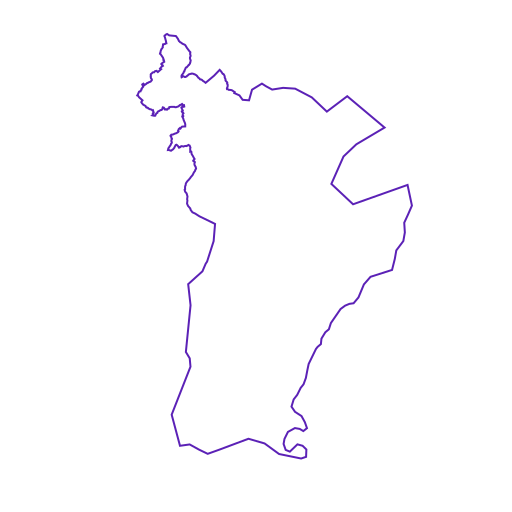 the district of Ona Ara, Oyo, Nigeria, rotated 10°
{"feature_id": "59680162B85361781814064", "entity_name": "Ona Ara", "entity_type": "district", "adm_level": 2, "iso_a3": "NGA", "parent_name": "Nigeria", "parent_adm1": "Oyo", "projection": "robinson", "projection_center": [3.959, 7.252], "detail": "fine", "context": "isolated", "style": "outline", "palette": "violet", "viewbox_px": 512, "rotation_deg": 10, "n_neighbors": 0, "source": "geoboundaries", "source_scale": "gbopen_adm2", "svg_char_len": 5932}
<svg xmlns="http://www.w3.org/2000/svg" viewBox="0 0 512 512"><g transform="rotate(10 256 256)"><path d="M392.9,159.7L342.6,188.2L317.7,171.9L324.9,142.8L335.4,128.6L360.3,107.2L318.1,82.8L300.7,101.5L283.4,90.1L265.5,84.4L253.5,85.7L243.0,89.3L236.4,87.1L231.9,85.2L223.2,92.9L222.1,103.9L215.7,104.5L211.8,100.7L206.3,99.3L206.6,98.3L203.3,96.9L202.0,96.9L200.3,97.1L199.2,96.6L198.5,96.7L198.2,95.9L198.4,94.9L198.7,94.3L198.5,93.5L198.5,92.6L198.3,92.1L198.2,91.9L197.6,91.4L197.7,91.1L197.6,90.2L197.0,89.6L195.8,88.8L195.4,88.2L195.3,87.2L194.2,85.7L194.1,84.9L193.7,84.0L192.7,82.7L192.2,82.4L191.6,82.4L189.6,80.3L187.9,79.0L183.4,85.7L176.3,94.2L174.7,93.3L173.4,92.8L172.1,91.9L171.2,91.7L170.4,91.8L170.1,91.7L169.4,90.9L168.3,90.5L167.2,89.4L166.8,89.2L166.6,88.8L165.7,88.3L165.1,88.1L164.7,88.0L164.2,87.7L163.3,87.7L163.1,87.5L161.6,87.4L161.0,87.5L160.4,87.9L159.8,88.0L159.5,88.2L158.2,88.9L157.4,90.1L156.8,90.6L156.6,91.1L156.0,91.5L155.6,91.9L154.8,92.1L152.9,91.5L152.3,92.1L152.1,92.6L151.7,92.9L151.6,92.7L151.4,91.9L151.4,91.0L152.7,88.5L152.9,87.3L153.4,86.7L153.3,85.8L153.7,84.9L154.0,83.2L154.3,82.6L154.7,82.2L155.0,82.2L155.2,81.9L156.1,80.4L156.5,79.5L156.9,79.4L157.0,79.1L157.6,77.8L157.5,77.1L157.7,76.7L157.7,74.6L157.1,73.8L156.6,72.7L156.5,71.8L156.8,70.9L156.8,70.1L156.5,69.4L156.2,69.0L156.2,68.4L155.9,67.7L156.0,66.8L155.9,66.6L155.0,66.0L151.9,63.1L149.8,60.7L149.1,60.3L146.6,59.7L145.5,59.0L144.1,58.6L143.6,58.1L142.8,57.7L141.5,55.8L139.6,53.9L138.9,53.3L132.2,53.8L129.9,52.8L129.0,53.4L128.4,54.2L127.7,54.8L127.6,55.3L128.4,56.6L129.9,59.8L130.8,62.1L130.0,62.4L129.6,63.0L127.7,63.7L127.7,64.0L127.9,64.5L127.7,65.8L128.0,66.5L127.7,67.2L127.5,67.9L126.8,68.9L126.8,69.5L126.5,70.7L126.6,72.2L126.3,72.8L126.3,73.5L126.9,73.7L130.0,76.9L130.4,77.6L130.7,78.8L131.0,78.7L131.7,80.1L131.9,80.7L130.4,82.0L129.4,83.4L130.6,84.5L130.9,84.4L131.3,84.9L130.4,85.7L129.9,86.4L129.0,88.0L130.1,88.5L127.4,91.9L126.4,91.3L126.0,90.9L125.4,91.2L124.6,91.4L123.7,92.8L123.4,92.8L122.3,93.2L121.8,94.1L120.9,95.1L120.8,95.7L121.1,96.6L121.0,97.2L121.4,97.8L121.4,98.6L121.9,99.4L122.4,99.7L122.9,100.6L122.9,100.9L121.9,102.6L120.0,103.7L119.5,104.3L118.8,104.5L118.1,105.5L116.5,107.0L116.2,106.5L115.6,106.9L115.0,106.0L114.2,106.8L115.5,108.9L114.2,111.2L114.2,111.4L114.4,111.6L114.4,112.1L113.7,113.1L113.7,113.9L112.5,114.3L112.2,114.7L111.7,117.1L111.2,118.5L112.1,118.7L113.3,120.0L117.2,122.4L116.5,123.8L116.3,124.4L117.2,125.4L118.7,126.6L121.1,127.4L122.1,128.7L123.0,128.9L123.2,128.7L123.6,128.8L124.1,129.0L124.5,129.5L124.9,129.5L126.0,129.9L126.5,129.8L127.8,130.0L129.0,130.8L129.3,130.5L130.3,132.4L129.8,133.0L129.6,133.7L129.6,133.9L130.0,134.0L129.9,134.7L130.0,135.2L129.7,135.5L131.4,135.6L131.8,135.4L132.3,135.4L132.5,135.2L132.5,134.6L132.4,134.1L132.7,134.0L133.2,132.8L134.0,132.2L134.0,131.4L134.5,130.6L135.5,130.0L136.6,128.9L137.4,128.7L138.1,128.0L138.2,127.2L138.3,127.0L138.7,126.8L138.7,126.7L138.3,126.3L138.4,125.8L139.4,125.9L139.9,126.3L140.7,127.4L141.0,127.6L141.2,127.4L141.9,127.0L142.8,127.4L143.1,127.3L143.8,126.1L144.6,125.8L144.6,125.3L144.8,125.1L144.8,124.4L146.4,123.9L149.3,123.4L149.8,123.3L150.4,123.5L151.3,123.4L153.7,122.1L154.8,120.6L155.8,120.1L156.8,119.1L157.1,119.3L157.4,120.2L158.9,119.9L159.4,121.3L158.9,121.6L157.6,121.9L156.7,122.6L156.7,122.8L158.6,125.4L157.8,126.4L158.3,127.1L158.7,126.8L158.9,127.2L159.7,127.9L159.8,128.1L159.5,128.5L159.3,129.2L159.3,130.3L159.6,130.3L160.1,130.8L159.9,131.2L159.3,131.7L160.4,133.1L161.1,134.6L163.0,137.5L163.5,138.7L163.8,140.7L160.8,141.4L160.2,142.1L159.4,143.8L159.1,143.8L158.7,143.4L157.9,144.4L157.8,144.7L157.7,145.7L157.5,146.2L158.1,146.7L158.0,147.1L157.6,147.7L155.9,149.1L155.1,149.4L152.9,150.9L151.6,151.2L151.1,152.0L150.9,152.4L151.2,152.9L151.6,153.0L151.9,153.4L152.1,154.4L152.8,154.9L152.9,155.5L152.7,156.0L152.6,156.9L152.8,157.8L153.3,158.4L153.4,158.8L153.4,159.2L152.8,160.4L152.8,160.8L152.5,162.0L151.8,163.2L151.5,164.3L151.2,164.7L151.0,165.1L150.9,166.9L151.5,166.7L152.5,166.9L153.0,166.9L154.0,167.1L155.9,165.2L156.5,164.0L156.8,163.6L156.9,162.9L157.5,161.0L157.7,160.6L158.3,160.2L158.6,160.3L160.1,161.3L161.4,162.7L161.7,162.5L161.6,162.1L162.1,161.8L162.6,161.8L163.3,160.8L164.9,160.7L165.6,160.8L166.5,160.2L168.1,159.7L168.5,159.8L169.3,159.2L170.1,158.4L170.3,158.3L170.8,158.7L171.5,158.8L172.6,160.6L172.5,161.5L172.7,162.5L172.8,163.1L173.1,164.0L173.1,164.6L173.9,164.3L174.2,164.5L174.8,166.5L175.1,167.0L176.4,168.4L178.1,170.6L178.6,171.0L178.6,171.5L177.9,172.4L177.6,173.0L177.8,173.4L179.3,173.9L179.5,174.3L179.3,175.3L179.4,176.1L179.6,176.9L180.4,177.8L180.7,178.4L181.2,178.8L181.5,179.7L181.8,180.2L181.8,180.5L181.3,181.4L181.2,182.7L180.3,184.5L179.5,187.3L178.0,189.8L177.6,190.8L177.1,191.6L176.5,192.7L175.6,193.9L174.6,195.9L174.3,197.2L174.4,198.1L174.4,198.7L174.1,199.5L174.3,201.4L174.6,202.5L174.2,203.2L175.1,205.0L176.8,206.4L178.2,209.3L178.3,212.0L178.8,213.2L179.0,216.4L180.4,218.5L183.0,220.6L183.6,221.9L185.8,224.0L188.8,224.8L193.3,226.7L210.1,231.5L211.7,248.7L208.8,270.0L207.8,272.3L205.9,280.4L194.1,295.5L200.1,315.9L203.6,362.7L208.5,368.3L210.7,376.4L200.5,426.9L214.1,456.1L223.4,453.1L233.6,456.6L242.8,459.2L253.5,453.1L280.3,437.3L297.0,439.1L313.1,447.0L335.6,447.6L340.2,445.1L339.2,437.8L334.8,434.8L329.5,434.3L323.3,442.8L318.9,441.8L315.8,436.3L315.8,431.2L318.0,423.7L324.2,418.7L329.1,418.7L333.0,420.2L336.1,416.7L333.0,411.2L328.6,405.7L321.5,402.7L317.1,398.2L318.0,390.7L320.7,385.6L322.9,378.1L325.1,374.1L326.3,367.4L326.4,359.6L326.6,353.2L331.2,337.1L332.5,334.7L335.2,331.5L334.8,326.0L337.5,319.1L340.5,315.5L341.4,309.0L348.5,293.5L352.4,289.4L356.3,286.9L360.3,285.6L364.1,279.0L367.2,265.2L372.4,256.6L392.4,246.1L393.2,234.8L393.2,226.1L398.5,215.7L398.5,207.0L396.2,197.5L398.5,188.8L400.8,179.3L392.9,159.7Z" fill="none" stroke="#5b21b6" stroke-width="2"/></g></svg>